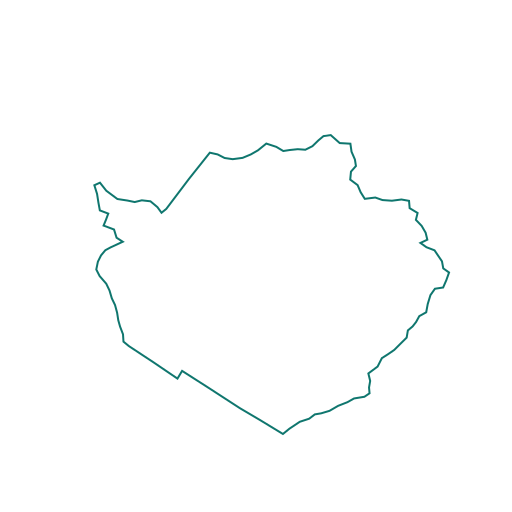 Treviso, Santa Catarina, Brazil, rotated 123°
{"feature_id": "56859067B5615097343728", "entity_name": "Treviso", "entity_type": "district", "adm_level": 2, "iso_a3": "BRA", "parent_name": "Brazil", "parent_adm1": "Santa Catarina", "projection": "natural_earth1", "projection_center": [-49.498, -28.51], "detail": "fine", "context": "isolated", "style": "outline", "palette": "teal", "viewbox_px": 512, "rotation_deg": 123, "n_neighbors": 0, "source": "geoboundaries", "source_scale": "gbopen_adm2", "svg_char_len": 1591}
<svg xmlns="http://www.w3.org/2000/svg" viewBox="0 0 512 512"><g transform="rotate(123 256 256)"><path d="M164.7,85.1L164.4,92.2L159.2,97.1L154.0,109.4L155.8,117.8L155.5,125.2L149.0,121.2L144.1,126.4L140.5,133.5L138.6,141.6L131.9,143.9L132.2,153.2L126.4,157.7L129.4,164.8L135.6,172.1L140.2,180.4L142.0,187.8L148.8,195.9L145.5,203.0L141.2,209.4L140.6,218.6L133.5,222.3L126.1,221.2L121.2,225.6L116.5,232.7L110.4,238.0L115.7,247.3L113.9,259.2L118.7,264.7L124.9,266.6L133.2,268.5L140.0,272.5L143.7,279.2L148.8,285.5L153.1,290.3L153.4,298.4L156.1,308.6L166.3,311.9L173.7,315.7L181.0,320.7L187.5,328.3L190.9,335.7L191.7,343.5L194.5,351.0L227.6,354.2L265.4,356.9L271.2,358.8L268.7,365.3L267.6,374.3L271.5,382.1L276.8,387.1L279.5,394.0L283.7,403.3L282.8,417.1L279.5,426.8L284.7,430.1L290.5,423.1L297.2,417.1L302.8,411.8L300.9,403.0L307.1,401.6L313.5,400.4L311.1,389.5L316.6,382.9L316.6,375.5L327.9,382.6L333.2,385.5L339.9,386.3L346.9,385.5L354.3,382.6L358.0,376.2L360.8,366.5L364.7,360.1L370.0,353.9L373.9,347.5L379.2,341.6L384.9,336.5L389.2,331.6L394.1,324.9L400.0,320.5L400.8,313.4L401.0,283.7L401.6,255.1L392.6,255.4L392.4,224.6L392.4,210.8L392.4,194.4L392.4,186.6L391.4,163.6L390.6,136.5L382.6,133.9L371.2,129.0L363.5,122.8L356.8,120.4L352.5,115.7L345.8,110.0L336.9,105.5L328.8,99.7L322.1,96.2L315.0,88.4L309.3,86.0L304.7,89.6L298.6,92.2L293.3,97.8L282.5,93.8L273.1,94.8L266.5,91.8L259.5,88.9L250.6,87.0L242.4,85.2L235.7,88.1L229.8,86.3L224.2,85.8L217.5,86.3L210.5,82.6L202.8,85.8L193.8,88.4L186.0,88.1L180.5,81.9L172.7,83.2L164.7,85.1Z" fill="none" stroke="#0f766e" stroke-width="2"/></g></svg>